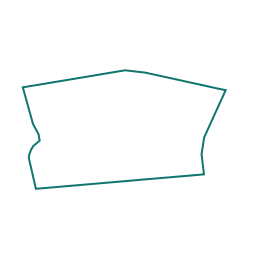 Mwanza, Albers equal-area conic projection, rotated 169°
{"feature_id": "MWI-1922", "entity_name": "Mwanza", "entity_type": "District", "adm_level": 1, "iso_a3": "MWI", "parent_name": "Malawi", "parent_adm1": "", "projection": "albers", "projection_center": [34.593, -15.694], "detail": "fine", "context": "isolated", "style": "outline", "palette": "teal", "viewbox_px": 256, "rotation_deg": 169, "n_neighbors": 0, "source": "natural_earth", "source_scale": "10m", "svg_char_len": 383}
<svg xmlns="http://www.w3.org/2000/svg" viewBox="0 0 256 256"><g transform="rotate(169 128 128)"><path d="M24.9,146.5L55.0,104.3L60.8,88.2L62.3,68.0L120.1,74.2L177.6,80.3L230.0,85.9L231.1,117.4L230.0,120.8L227.5,124.9L224.5,128.3L217.1,132.5L217.0,138.8L220.5,150.2L223.5,188.0L119.9,185.2L100.6,179.1L31.9,149.4L24.9,146.5Z" fill="none" stroke="#0f766e" stroke-width="2"/></g></svg>